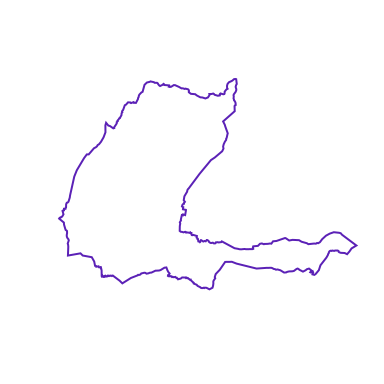 the district of Buntesti, Bihor, Romania, rotated 341°
{"feature_id": "2599482B87809505913466", "entity_name": "Buntesti", "entity_type": "district", "adm_level": 2, "iso_a3": "ROU", "parent_name": "Romania", "parent_adm1": "Bihor", "projection": "mercator", "projection_center": [22.534, 46.609], "detail": "fine", "context": "isolated", "style": "outline", "palette": "violet", "viewbox_px": 384, "rotation_deg": 341, "n_neighbors": 0, "source": "geoboundaries", "source_scale": "gbopen_adm2", "svg_char_len": 5953}
<svg xmlns="http://www.w3.org/2000/svg" viewBox="0 0 384 384"><g transform="rotate(341 192 192)"><path d="M154.8,269.6L157.9,270.7L158.1,271.1L158.5,270.8L159.0,271.1L159.2,271.8L160.1,272.0L160.3,272.8L160.9,273.2L161.2,273.9L162.0,274.3L161.7,274.6L162.5,275.5L162.9,276.5L163.5,277.4L163.5,277.9L164.1,278.4L163.9,279.2L166.2,281.2L166.7,282.6L168.9,284.8L169.0,285.3L169.7,285.9L170.7,286.3L171.8,286.3L172.2,286.8L172.9,286.6L174.5,287.3L176.8,289.7L180.2,289.2L181.4,287.5L182.4,285.5L182.9,283.8L183.6,282.8L185.9,281.1L185.8,279.9L187.7,277.3L192.9,274.6L200.6,268.9L207.0,271.0L210.8,274.2L228.1,285.4L237.8,288.0L242.3,289.5L243.4,290.3L244.0,291.2L245.4,292.0L246.1,292.8L247.7,293.1L250.1,294.8L252.8,298.1L254.7,298.7L256.0,298.5L257.9,298.7L261.3,299.7L262.7,299.8L265.8,298.8L267.0,298.8L267.8,299.7L268.2,300.5L271.0,303.4L273.9,303.0L275.5,302.4L277.7,302.5L279.4,305.1L277.7,306.4L278.3,306.9L280.3,306.3L280.4,307.5L279.1,309.1L280.7,310.2L282.2,309.8L286.5,307.2L289.6,303.1L297.7,297.8L300.0,295.8L300.4,295.1L301.5,294.2L301.8,293.5L302.9,292.7L303.8,292.6L304.9,293.2L305.5,293.0L307.3,294.0L308.2,293.9L310.7,294.8L311.3,295.4L311.2,296.3L311.5,296.8L312.8,297.9L316.5,299.4L318.4,301.3L321.5,299.5L324.5,297.3L330.0,296.1L319.9,281.2L319.2,279.4L317.9,278.5L313.0,276.2L308.7,276.2L304.5,276.9L299.7,279.0L296.6,281.1L294.6,281.5L293.7,280.9L292.3,281.2L290.7,280.5L285.0,279.2L283.9,277.8L279.4,274.7L277.5,272.4L271.5,270.0L268.1,269.5L265.5,266.1L264.9,265.8L255.9,265.8L252.6,265.0L250.2,266.7L249.1,266.1L246.7,265.7L243.6,264.7L243.0,264.8L241.3,263.4L239.4,263.1L236.8,264.4L232.2,263.3L231.5,264.2L231.6,264.8L231.4,265.7L230.5,265.7L224.3,263.6L223.2,263.0L219.8,262.2L218.1,261.5L217.3,260.9L213.9,259.0L204.1,248.4L203.4,248.9L200.8,248.4L199.9,247.8L198.1,247.4L197.5,248.1L197.0,248.1L195.9,247.7L195.2,246.7L193.6,246.5L192.8,246.1L191.9,244.9L191.7,243.5L190.8,242.4L190.3,242.2L188.9,243.1L187.9,242.4L186.5,242.5L185.0,240.5L184.7,240.4L184.0,241.0L183.5,241.9L183.2,242.0L183.1,241.6L181.9,240.8L182.3,238.5L181.9,238.3L182.1,237.7L181.5,236.6L182.3,235.2L179.1,232.9L178.4,233.0L177.8,232.7L177.6,232.0L178.1,230.6L177.0,230.2L177.1,229.6L176.1,229.6L173.9,228.5L173.2,228.5L172.9,228.1L173.0,227.7L172.6,227.4L170.8,227.4L169.8,226.6L168.4,225.9L167.7,224.8L169.4,220.2L170.6,218.0L170.6,216.7L172.3,215.3L172.5,214.4L174.9,210.5L175.8,211.1L176.3,210.3L178.0,211.6L180.2,207.6L180.4,206.9L177.8,205.4L178.3,204.2L178.8,203.5L177.8,202.4L178.7,201.1L180.4,200.1L180.7,200.3L181.0,199.6L182.1,199.0L181.5,197.1L183.4,193.6L187.5,190.1L188.2,188.8L189.1,188.0L189.8,187.7L205.2,177.2L220.3,168.0L224.8,166.8L233.8,163.3L235.9,161.2L236.2,159.2L237.5,157.2L239.5,155.1L241.3,153.8L241.6,152.8L242.4,152.1L244.3,149.0L244.9,148.2L244.8,140.9L244.9,139.2L244.4,135.4L258.7,129.5L260.2,124.6L260.8,124.1L261.5,124.1L261.9,123.2L262.2,121.5L262.0,119.9L261.6,119.1L261.8,118.1L261.7,117.2L262.6,115.2L262.8,114.0L263.3,113.3L265.9,111.5L267.1,110.0L267.4,108.9L267.4,107.5L267.6,106.6L268.5,105.3L269.5,104.4L270.5,99.7L269.7,99.2L268.4,99.0L266.3,99.9L265.2,99.9L264.5,100.2L263.1,100.1L261.0,101.2L259.9,102.6L259.4,103.8L259.0,105.4L259.2,106.0L257.8,106.3L255.6,107.7L254.8,109.6L254.4,109.9L253.4,109.8L251.0,108.1L250.4,108.4L250.3,109.1L249.6,109.8L248.8,109.4L247.9,109.5L245.1,107.5L244.8,107.0L244.7,106.5L244.1,105.8L242.4,105.7L240.3,105.0L240.1,106.1L237.8,107.8L235.1,107.9L232.6,106.0L230.7,105.2L227.9,102.2L226.9,100.6L222.9,98.8L221.5,96.7L221.5,96.3L222.0,95.6L222.1,94.8L222.0,94.2L221.7,93.6L219.4,92.1L218.7,92.2L217.1,91.0L215.8,90.6L213.9,88.4L210.7,85.4L209.6,85.0L206.6,85.7L205.2,85.5L204.4,84.9L205.2,84.1L205.2,83.8L200.6,81.8L200.6,80.9L200.3,80.5L199.0,81.1L196.3,81.4L195.7,80.6L195.1,79.0L195.1,78.3L194.5,77.4L192.1,76.5L191.8,75.8L188.7,73.9L188.0,74.1L185.0,73.8L182.0,75.2L177.9,81.2L176.6,81.4L173.9,82.8L173.0,83.8L172.5,84.8L171.6,85.6L171.2,86.5L168.0,89.5L166.0,88.7L166.0,88.0L163.3,88.1L163.0,87.8L162.9,87.3L160.7,86.4L158.1,87.9L156.7,88.1L153.5,92.1L152.7,92.4L152.0,93.3L152.1,93.9L151.1,94.6L150.3,96.4L148.5,98.0L147.9,98.3L147.8,98.7L147.1,98.7L146.5,99.3L144.8,100.3L144.9,100.8L143.5,101.5L143.4,102.3L142.4,103.3L139.4,105.5L139.3,106.2L138.3,106.2L136.0,103.0L134.5,101.9L133.3,98.6L131.8,100.8L129.6,107.4L126.1,111.6L122.3,114.9L119.6,116.6L118.1,116.9L117.0,117.9L115.7,118.4L113.6,118.7L106.6,122.8L104.8,122.2L101.0,124.8L90.2,133.9L85.7,139.1L75.5,155.7L74.6,157.5L72.0,161.0L70.9,161.5L70.1,161.4L69.0,162.6L67.9,165.5L67.6,165.5L66.9,166.7L65.5,166.2L65.0,167.6L64.3,167.5L64.2,167.8L63.4,167.8L63.2,171.3L61.2,173.0L60.0,173.1L59.9,173.3L58.5,173.3L57.7,173.9L60.9,179.2L60.4,181.1L60.2,185.1L60.2,186.8L61.0,187.8L61.1,188.3L60.5,190.2L59.5,192.0L59.1,193.6L59.2,194.8L59.8,196.6L59.7,197.7L57.7,200.3L57.7,201.5L57.2,203.5L54.0,211.7L66.6,213.7L68.0,216.5L76.0,221.0L76.9,225.9L76.3,230.2L77.2,230.7L77.4,231.2L77.3,231.5L79.3,231.8L79.2,232.3L79.6,233.0L81.0,233.2L81.0,234.1L81.3,234.0L81.0,236.7L79.2,242.2L79.3,242.5L79.5,242.4L79.4,242.7L80.6,243.2L80.7,242.7L81.2,243.1L81.0,243.6L81.3,243.7L81.5,243.5L82.1,243.6L82.1,243.2L82.4,243.2L82.4,242.9L82.8,242.9L83.2,244.0L84.0,244.1L84.3,243.9L84.5,244.1L85.1,243.7L85.3,243.8L85.1,244.1L85.7,244.3L85.8,243.9L86.0,244.0L86.4,244.5L87.4,244.4L87.6,244.7L88.4,244.8L88.9,245.4L89.9,245.2L94.7,252.3L96.4,255.7L106.3,253.4L113.7,253.1L114.0,252.8L115.1,253.2L116.3,253.2L117.5,252.5L120.6,252.8L121.6,253.3L122.4,254.4L124.2,254.7L125.9,254.6L127.4,255.0L131.8,254.5L135.2,255.5L136.8,255.6L141.3,254.6L143.2,255.0L143.3,258.2L143.6,260.0L144.3,261.8L143.3,262.6L143.3,263.0L142.3,262.8L141.9,263.5L142.1,263.8L142.7,263.7L142.7,264.1L143.8,264.6L144.5,264.6L145.2,265.1L145.1,265.4L145.4,266.0L146.4,266.1L146.9,266.6L147.8,266.7L148.4,267.1L148.7,267.0L149.3,268.1L149.6,268.2L149.5,268.5L150.3,269.3L150.4,270.0L153.2,270.2L154.8,269.6Z" fill="none" stroke="#5b21b6" stroke-width="2"/></g></svg>